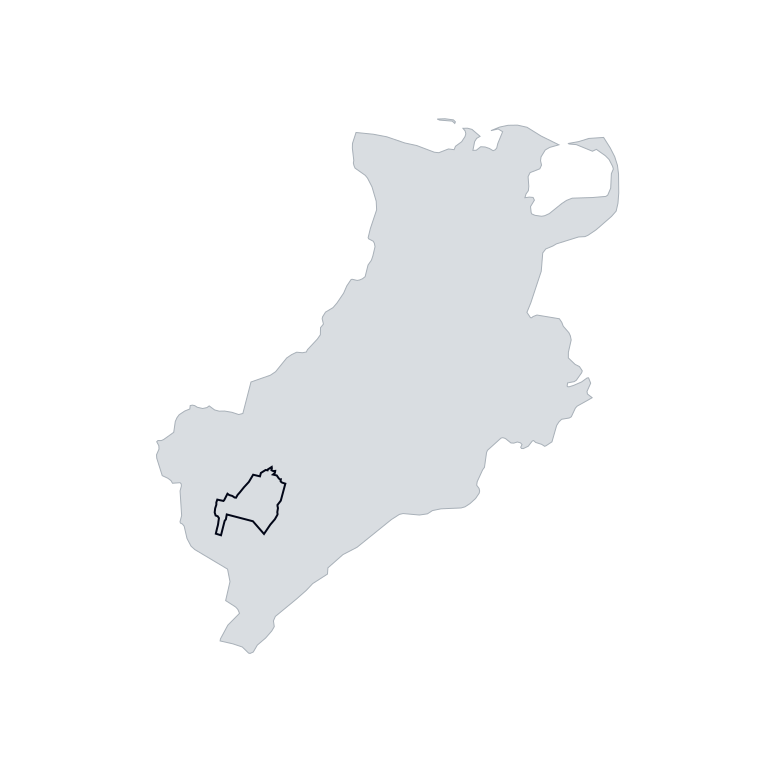 Yoloten, Mary, Turkmenistan (highlighted), rotated 105°
{"feature_id": "10190150B71181095534415", "entity_name": "Yoloten", "entity_type": "district", "adm_level": 2, "iso_a3": "TKM", "parent_name": "Turkmenistan", "parent_adm1": "Mary", "projection": "mercator", "projection_center": [63.056, 37.187], "detail": "fine", "context": "in_parent", "style": "outline", "palette": "ink", "viewbox_px": 768, "rotation_deg": 105, "n_neighbors": 0, "source": "geoboundaries", "source_scale": "gbopen_adm2", "svg_char_len": 4723}
<svg xmlns="http://www.w3.org/2000/svg" viewBox="0 0 768 768"><g transform="rotate(105 384 384)"><path d="M234.4,261.3L267.6,263.2L277.8,264.5L282.0,259.7L281.8,258.5L280.3,257.5L277.8,254.1L275.6,231.5L278.5,228.2L281.8,225.8L286.6,218.7L289.2,216.5L293.0,214.6L305.7,214.1L311.1,212.7L315.6,204.5L316.6,199.7L320.0,195.9L322.0,196.0L330.6,199.2L332.5,200.9L335.4,206.9L338.6,206.6L339.1,205.6L338.7,204.3L336.3,200.5L330.9,193.7L325.6,189.4L325.1,188.0L329.7,184.6L338.7,186.0L341.0,184.9L343.4,179.4L355.4,191.7L357.7,192.9L367.2,194.6L368.9,196.3L372.1,203.3L375.3,205.2L379.4,206.5L396.4,206.8L401.7,211.5L402.6,212.7L401.5,216.0L401.2,222.4L399.9,224.9L400.7,226.0L406.8,228.6L410.3,232.7L410.7,234.5L409.7,235.6L406.8,235.0L405.5,236.9L405.5,240.2L407.5,243.3L408.1,246.1L405.2,252.7L405.1,255.4L406.0,257.0L421.3,266.9L423.7,267.2L438.5,265.4L441.3,266.5L454.2,268.7L457.8,268.3L460.2,265.2L462.6,263.9L464.8,263.8L470.9,265.9L477.4,270.1L481.7,274.0L483.8,277.5L489.8,296.6L493.7,304.4L498.2,308.5L501.4,315.9L504.2,332.1L506.0,335.4L512.9,341.7L548.7,367.8L559.4,379.5L576.1,390.6L582.2,389.4L595.2,401.2L603.5,405.7L614.2,412.8L636.6,428.8L641.4,429.5L646.8,427.2L651.6,428.5L660.0,432.6L669.0,438.8L676.7,440.9L678.9,443.6L679.0,445.1L674.7,452.8L674.1,462.7L674.6,475.8L672.5,476.0L657.3,472.4L642.9,464.2L639.5,466.9L637.8,469.6L634.2,480.9L614.8,481.6L603.3,487.2L592.9,523.9L590.6,528.4L584.2,534.3L573.1,540.2L571.4,542.5L571.0,544.7L569.7,545.4L563.5,545.4L540.1,553.3L535.0,553.3L533.0,554.0L532.1,555.4L534.6,562.6L532.5,564.7L531.0,568.3L529.9,574.5L514.5,584.3L511.3,585.4L505.1,584.5L501.9,585.5L498.6,588.6L497.1,587.7L496.3,584.5L494.7,582.5L485.1,574.6L474.1,575.9L470.0,575.2L466.7,573.9L461.6,569.4L458.4,565.1L455.0,565.6L454.0,563.6L453.9,561.2L454.8,558.3L454.6,552.8L452.6,548.9L450.4,547.2L452.9,540.9L452.9,536.2L451.4,531.0L450.7,523.6L451.1,516.4L449.0,512.7L416.5,513.0L404.9,496.0L400.2,491.9L384.0,484.7L379.6,480.9L375.9,476.6L374.9,470.8L373.2,467.3L370.6,466.8L357.9,460.0L352.9,458.2L346.0,459.9L341.8,458.0L337.0,460.6L335.0,460.7L329.7,459.1L323.4,453.0L318.0,450.4L306.7,446.5L298.8,445.3L291.8,442.9L291.1,442.0L290.9,436.7L289.9,434.6L287.9,432.0L285.2,430.0L273.2,430.2L267.7,428.2L263.3,427.9L253.7,428.2L250.6,429.7L248.9,431.3L247.7,436.5L246.7,437.2L237.4,437.4L217.7,436.2L209.5,438.8L196.7,446.6L189.4,453.2L187.3,456.1L183.0,467.8L181.0,469.4L178.5,470.8L176.0,471.0L164.4,475.6L159.8,476.7L148.3,476.1L145.5,458.9L144.5,445.3L145.8,426.3L145.2,414.1L147.1,395.4L146.4,390.9L140.3,382.6L139.5,376.9L135.9,376.5L129.9,371.7L124.1,369.8L121.2,369.7L118.6,371.1L116.6,373.9L115.3,369.5L115.3,364.9L119.9,355.3L122.8,358.1L126.4,359.2L135.3,358.6L134.4,355.4L129.8,352.0L128.9,347.7L129.2,343.2L130.4,339.0L129.1,337.3L127.0,336.2L122.2,336.3L109.6,334.7L108.1,339.7L111.6,346.3L105.9,338.8L102.0,331.1L99.4,322.0L99.0,312.3L103.8,296.5L107.7,277.0L112.6,285.2L116.2,288.8L124.0,291.1L127.8,290.6L131.8,288.5L135.8,289.2L142.0,297.6L146.4,298.5L155.6,295.3L159.9,294.6L163.7,296.0L167.6,296.1L165.9,292.1L165.2,288.3L167.5,286.3L174.7,288.4L180.4,286.2L181.5,285.2L182.0,281.8L181.2,275.2L179.9,272.4L176.6,268.4L163.7,259.0L159.4,255.2L155.8,250.3L149.9,230.8L145.4,218.3L143.7,216.8L136.2,215.7L122.0,218.8L117.0,218.1L114.6,219.5L108.9,224.7L106.2,229.3L102.4,239.6L105.2,242.9L103.0,260.2L104.3,267.5L103.9,268.1L99.6,258.9L93.8,249.7L89.0,235.7L97.5,226.5L104.7,220.0L112.4,215.1L120.5,211.8L138.7,206.7L148.8,204.8L156.9,204.5L163.2,207.6L180.1,219.0L187.5,225.4L189.6,228.0L191.6,234.1L204.0,253.7L206.9,256.5L211.7,262.7L216.3,264.6L234.4,261.3ZM114.7,398.7L114.3,401.2L112.0,393.7L110.9,385.3L112.3,382.9L114.0,383.1L112.4,386.1L114.7,398.7Z" fill="#d9dde1" stroke="#a8b0b8" stroke-width="1"/><path d="M542.9,454.4L538.3,453.2L537.3,453.1L535.4,453.9L531.3,454.3L529.6,455.2L528.4,455.6L526.3,454.7L523.4,453.5L518.9,453.5L513.9,453.5L509.0,453.5L505.8,453.5L505.7,455.8L505.5,457.5L504.7,458.7L502.8,459.0L503.1,459.7L502.4,461.2L501.4,462.4L500.1,463.9L500.2,467.8L499.3,467.2L498.1,466.4L496.1,466.6L496.8,468.4L496.4,470.4L495.3,470.6L494.4,470.5L493.2,471.0L496.6,474.1L497.5,474.1L497.7,476.1L501.8,479.9L505.3,479.9L505.5,486.9L513.6,489.2L519.9,492.5L526.0,495.2L529.0,496.7L532.1,497.5L532.3,499.0L531.4,501.5L531.3,504.8L530.5,506.8L537.5,508.3L538.5,508.8L538.6,510.8L538.7,512.1L538.8,515.1L541.8,515.3L544.0,514.7L547.8,514.9L551.9,514.3L554.6,512.6L554.8,510.4L556.3,508.7L560.0,508.3L561.3,508.1L563.3,507.9L564.5,507.9L566.4,507.9L566.5,507.9L572.1,507.7L572.3,502.3L557.5,502.5L556.7,502.2L555.7,501.7L550.7,502.1L550.6,490.5L550.5,475.1L559.9,461.1L559.6,461.0L549.2,457.4L542.9,454.4Z" fill="none" stroke="#020617" stroke-width="2"/></g></svg>